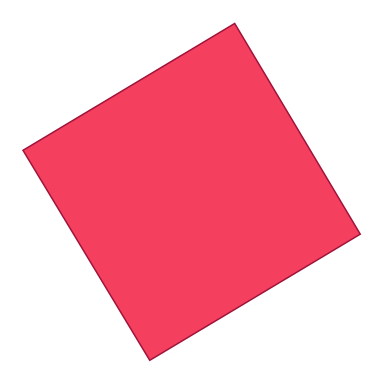 Clay, Iowa, United States of America, rotated 149°
{"feature_id": "52423323B36329758644763", "entity_name": "Clay", "entity_type": "district", "adm_level": 2, "iso_a3": "USA", "parent_name": "United States of America", "parent_adm1": "Iowa", "projection": "albers", "projection_center": [-95.104, 43.082], "detail": "fine", "context": "isolated", "style": "filled", "palette": "rose", "viewbox_px": 384, "rotation_deg": 149, "n_neighbors": 0, "source": "geoboundaries", "source_scale": "gbopen_adm2", "svg_char_len": 226}
<svg xmlns="http://www.w3.org/2000/svg" viewBox="0 0 384 384"><g transform="rotate(149 192 192)"><path d="M314.9,69.5L69.5,69.2L68.6,314.5L315.4,314.8L314.9,69.5Z" fill="#f43f5e" stroke="#9f1239" stroke-width="1.5"/></g></svg>